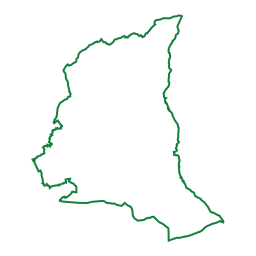 Josenii Bargaului, Bistrita-Nasaud, Romania
{"feature_id": "2599482B1085806390665", "entity_name": "Josenii Bargaului", "entity_type": "district", "adm_level": 2, "iso_a3": "ROU", "parent_name": "Romania", "parent_adm1": "Bistrita-Nasaud", "projection": "orthographic", "projection_center": [24.668, 47.212], "detail": "fine", "context": "isolated", "style": "outline", "palette": "green", "viewbox_px": 256, "rotation_deg": 0, "n_neighbors": 0, "source": "geoboundaries", "source_scale": "gbopen_adm2", "svg_char_len": 5713}
<svg xmlns="http://www.w3.org/2000/svg" viewBox="0 0 256 256"><path d="M223.2,222.4L223.4,221.3L220.7,217.6L219.4,215.6L218.0,215.3L213.8,212.9L210.8,212.0L208.5,208.1L208.2,207.1L206.8,205.6L205.9,204.1L203.7,201.7L202.6,201.1L201.6,200.2L200.8,199.3L200.7,198.9L196.9,197.0L194.9,195.7L194.4,194.1L194.1,192.8L193.4,192.3L191.7,191.6L190.9,191.0L190.5,190.1L189.9,189.6L189.3,189.5L186.3,187.8L185.7,185.6L184.8,183.5L184.0,182.8L183.7,181.2L182.8,181.5L182.5,181.2L182.4,180.7L182.5,179.5L180.7,177.7L181.5,177.4L180.3,175.8L179.2,172.2L179.2,170.0L179.0,169.5L178.9,167.1L179.4,166.8L178.8,165.7L179.1,165.4L178.8,163.8L179.1,161.9L179.5,161.4L179.7,160.7L178.9,157.9L179.0,156.9L177.9,155.3L177.3,155.2L175.6,155.3L175.0,154.6L174.0,154.7L174.1,153.8L173.8,152.0L175.5,151.7L176.6,150.8L177.0,150.1L175.9,148.3L177.0,145.4L177.0,144.9L176.7,144.3L177.8,143.4L178.8,142.3L179.0,141.9L177.9,140.7L177.8,138.9L178.0,137.9L178.3,137.3L178.2,136.7L178.4,135.8L178.0,134.5L178.2,133.6L178.6,132.4L178.4,131.2L178.8,128.0L178.6,127.6L178.1,127.0L177.7,124.4L174.7,120.1L172.5,115.4L172.0,113.2L171.5,112.4L168.8,110.3L168.0,108.7L168.6,108.7L168.8,109.1L169.0,109.1L166.3,102.7L165.6,102.9L165.2,102.2L165.0,101.0L165.0,100.0L165.4,98.9L165.9,98.2L164.7,98.2L164.1,95.9L163.9,96.0L163.6,93.1L164.4,92.6L164.3,92.0L165.0,90.7L166.2,89.0L168.2,86.9L168.3,86.6L168.7,85.8L169.4,83.4L169.0,82.1L168.5,81.8L168.4,81.6L168.6,80.7L168.7,77.9L169.2,76.4L168.9,75.2L169.0,74.4L169.3,73.4L171.2,70.5L171.0,69.8L170.5,69.5L170.1,68.8L169.6,68.5L169.2,68.0L168.9,66.3L169.0,65.7L169.3,64.9L169.1,63.5L168.8,63.1L168.7,62.5L169.1,61.1L169.1,59.4L169.6,58.7L170.3,56.2L170.2,55.7L169.9,55.3L170.0,54.5L169.8,53.5L169.3,52.8L169.0,52.8L169.0,52.5L168.6,52.1L168.6,50.4L168.8,48.3L169.4,47.3L170.0,45.5L170.7,44.9L170.8,44.5L172.4,41.9L172.4,41.1L173.0,40.7L173.8,39.8L174.9,38.8L175.6,37.2L175.5,36.3L175.9,35.2L176.2,34.7L177.8,33.8L178.2,33.2L178.6,31.3L178.6,30.1L178.1,28.8L177.4,27.2L177.4,26.5L177.8,25.4L181.9,16.2L181.1,15.8L178.8,15.4L177.1,16.2L173.5,16.6L170.1,18.2L168.2,18.3L167.0,18.2L166.6,18.3L165.9,18.2L163.0,18.3L160.7,19.4L159.6,19.7L155.9,20.1L154.5,22.1L154.5,23.7L155.2,24.4L151.0,28.2L150.3,29.5L149.5,30.3L149.1,31.0L147.8,32.3L147.2,33.4L146.3,33.1L145.9,33.4L145.3,34.3L144.7,36.0L143.0,37.0L142.5,37.1L142.1,36.8L142.0,36.0L141.1,35.2L140.3,35.9L139.1,36.0L137.7,34.2L136.3,34.1L135.3,33.8L134.5,33.2L132.7,33.6L131.5,34.3L130.3,34.8L129.9,35.5L128.4,36.3L128.2,36.5L128.0,37.4L127.8,37.7L126.9,37.3L125.7,37.3L126.0,36.9L124.8,36.2L123.2,36.3L122.2,36.8L121.4,37.6L119.3,38.3L118.0,38.4L116.6,39.2L114.6,39.6L114.0,40.9L113.1,42.1L112.0,43.2L111.0,43.7L109.8,44.8L108.7,44.2L107.1,44.0L106.4,43.5L106.4,43.1L105.6,42.2L105.0,42.1L104.1,42.4L103.4,41.9L102.5,41.0L101.9,40.0L101.6,39.2L101.3,39.1L101.1,39.8L100.2,40.5L100.0,41.1L97.7,42.2L96.9,42.1L96.8,41.6L95.3,42.1L94.7,42.4L94.6,42.8L93.6,43.3L91.3,44.5L89.3,45.3L88.9,45.5L88.4,46.7L86.7,48.0L85.8,49.1L84.5,49.7L83.5,49.9L80.9,51.6L79.5,52.9L78.6,54.3L78.0,57.4L76.7,58.7L76.3,60.1L76.1,61.6L75.7,62.1L75.1,62.5L73.9,62.8L71.2,64.9L68.8,65.6L67.8,64.4L67.2,64.6L65.4,66.9L63.9,69.5L63.6,69.9L63.8,71.6L64.6,72.4L65.3,73.4L65.8,75.3L65.7,77.0L66.2,78.9L68.1,82.6L67.9,84.9L69.4,90.7L69.1,91.5L70.6,93.6L70.2,95.2L70.3,96.4L69.6,96.7L68.2,96.8L67.0,99.1L64.5,99.8L62.9,101.2L60.0,103.0L57.7,107.8L56.6,116.8L55.4,118.6L55.2,119.6L54.5,119.8L54.1,121.5L53.6,122.3L54.2,123.2L57.8,120.5L60.0,124.0L60.9,124.6L62.1,126.1L61.7,126.5L61.5,126.4L60.8,126.8L60.7,127.3L61.2,127.8L60.9,128.6L57.9,128.7L58.0,128.5L57.3,128.0L56.7,128.2L55.8,128.3L55.6,129.6L54.9,129.6L54.6,129.9L54.1,130.0L53.8,129.9L53.0,130.1L53.1,130.8L52.3,131.1L52.5,132.0L52.5,132.7L52.3,133.6L52.1,133.9L51.4,134.0L50.8,134.4L51.9,135.2L51.6,135.3L51.1,136.1L50.7,136.4L50.7,136.6L50.0,137.0L49.3,138.3L50.0,138.8L49.0,142.1L51.6,143.6L51.9,144.2L51.7,144.5L51.2,144.3L50.8,144.4L50.2,144.1L49.9,144.2L49.8,144.6L50.3,146.0L50.2,146.5L47.6,145.0L47.7,145.5L48.2,146.0L47.1,146.6L45.9,145.8L44.0,146.2L43.0,147.5L44.4,148.9L44.4,149.5L44.0,151.4L44.1,152.2L44.4,153.0L44.1,153.6L41.6,154.4L41.5,154.8L40.2,155.7L37.9,156.3L37.1,156.8L37.2,157.5L32.6,159.5L33.4,161.0L34.5,160.7L34.2,161.6L34.3,162.1L38.6,171.5L40.4,170.4L40.5,170.5L40.7,171.3L41.6,173.4L41.7,174.0L41.5,175.5L42.3,177.9L43.1,183.0L42.7,183.3L43.6,183.7L43.8,184.2L43.7,185.0L44.5,185.7L45.7,185.5L46.8,184.0L47.5,184.7L48.2,186.0L49.0,185.9L49.8,188.1L50.7,187.3L51.2,186.6L52.2,186.1L56.4,185.4L59.0,185.3L58.8,184.7L59.7,184.6L61.3,184.2L63.2,183.2L63.6,183.4L64.4,182.6L66.1,182.7L66.0,181.5L65.6,179.5L67.5,179.1L70.1,178.8L69.8,179.8L68.8,181.3L70.9,182.6L73.6,183.7L74.9,185.3L76.3,186.5L76.4,192.3L75.1,192.2L72.4,191.6L72.0,191.9L71.8,192.8L71.6,193.1L70.5,194.3L66.0,197.7L65.0,196.7L64.3,197.5L63.5,196.9L62.3,197.5L60.1,199.9L59.8,200.4L59.8,200.8L60.7,200.6L61.3,200.9L61.9,201.5L79.4,202.9L87.5,203.0L91.9,201.8L103.3,200.9L106.0,202.3L106.8,203.0L110.1,203.2L112.2,203.6L114.7,203.6L116.6,204.8L120.5,205.7L122.1,205.8L123.0,204.5L124.8,202.9L126.6,204.6L128.2,205.7L130.5,206.5L130.7,207.2L131.3,207.7L132.2,209.4L132.9,215.8L134.4,218.3L137.9,220.7L144.2,219.8L145.2,219.2L145.8,218.4L147.3,218.4L148.2,217.8L148.9,217.7L150.0,218.0L151.7,217.0L153.8,216.7L155.0,218.2L159.6,222.5L160.5,222.7L162.8,223.9L168.4,228.3L168.6,233.3L168.7,240.6L173.0,239.0L176.9,237.8L179.0,237.9L183.2,237.0L185.2,236.4L186.7,236.4L187.9,236.0L188.8,235.9L191.3,234.8L192.3,234.7L193.7,233.8L196.1,233.2L198.3,232.1L199.5,232.0L202.3,230.3L203.6,229.0L204.1,228.1L207.1,226.1L210.5,224.7L212.2,223.8L213.9,223.5L216.2,222.8L220.0,221.0L222.0,222.1L223.2,222.4Z" fill="none" stroke="#15803d" stroke-width="2"/></svg>